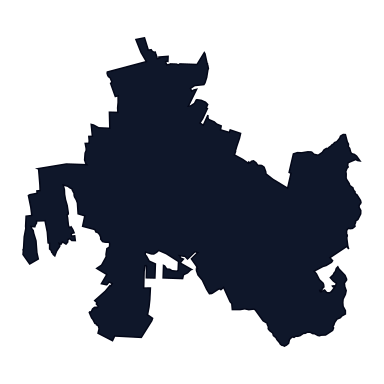 Zorleni, Vaslui, Romania
{"feature_id": "2599482B17229332090255", "entity_name": "Zorleni", "entity_type": "district", "adm_level": 2, "iso_a3": "ROU", "parent_name": "Romania", "parent_adm1": "Vaslui", "projection": "orthographic", "projection_center": [27.762, 46.269], "detail": "fine", "context": "isolated", "style": "filled", "palette": "ink", "viewbox_px": 384, "rotation_deg": 0, "n_neighbors": 0, "source": "geoboundaries", "source_scale": "gbopen_adm2", "svg_char_len": 5949}
<svg xmlns="http://www.w3.org/2000/svg" viewBox="0 0 384 384"><path d="M325.6,335.0L332.6,330.4L333.6,327.9L332.8,326.4L333.8,325.1L334.6,322.6L337.0,319.1L340.4,317.7L341.8,316.0L345.4,314.0L345.4,310.6L343.1,306.4L342.8,302.5L343.1,299.1L345.4,294.4L346.2,290.6L344.8,286.7L344.4,283.1L346.6,280.0L346.6,279.1L345.0,275.3L338.9,268.9L337.8,266.8L336.3,268.4L335.4,271.4L334.0,273.1L333.4,274.6L330.3,277.6L333.3,281.0L336.5,283.4L335.2,286.3L334.3,285.8L332.4,286.0L332.6,286.5L334.5,287.5L331.2,291.8L329.4,292.9L326.7,292.6L324.6,290.0L321.4,291.7L320.4,291.8L320.1,291.6L319.7,290.4L321.4,290.1L322.5,288.8L322.5,287.5L323.1,287.7L323.9,287.0L323.7,284.8L323.1,283.2L319.4,279.7L316.4,273.8L314.1,271.2L322.9,266.5L326.2,265.5L331.5,262.3L332.6,260.7L329.9,257.7L346.8,246.4L348.7,249.0L347.8,246.0L346.9,239.0L346.8,237.5L347.3,235.9L347.2,234.9L346.6,234.2L346.6,231.0L347.1,229.6L348.5,228.3L350.2,228.7L352.5,228.4L355.0,226.4L354.7,224.6L355.6,222.5L355.4,221.3L357.9,219.5L360.7,213.9L360.8,210.5L359.1,207.4L359.1,205.8L359.7,204.4L360.5,203.8L361.0,202.4L360.5,200.4L356.9,194.7L355.8,194.1L355.0,192.8L355.0,191.6L353.9,190.6L353.1,188.8L353.0,187.9L349.8,185.5L349.2,183.5L346.6,179.4L346.1,178.1L346.2,173.9L345.8,171.5L346.9,168.4L348.2,167.0L347.6,165.4L348.1,162.7L355.7,159.5L357.5,160.5L360.0,160.9L356.6,156.1L354.4,154.4L351.9,153.7L350.8,152.5L349.7,148.4L348.3,146.6L348.5,144.1L347.3,141.9L345.4,134.6L343.2,134.5L340.5,136.1L339.7,138.2L336.8,141.7L334.5,142.6L333.3,144.2L332.2,144.6L330.7,146.2L328.9,147.4L328.1,148.5L326.5,148.4L324.1,149.8L322.3,152.4L318.2,155.2L314.0,154.3L311.7,152.1L310.6,151.9L307.7,151.8L301.6,152.8L297.4,152.6L293.4,153.9L289.1,172.4L291.0,173.3L287.6,188.2L272.9,179.3L266.0,173.9L265.7,171.5L264.1,167.2L262.2,165.8L261.3,165.4L257.8,165.3L256.0,162.7L253.5,160.8L251.4,161.3L250.0,163.0L248.8,162.0L248.3,163.3L242.7,159.4L234.4,154.9L235.6,151.5L235.4,151.0L236.8,146.2L239.5,138.2L240.6,133.4L230.2,129.9L229.3,132.4L220.5,129.8L221.2,125.9L216.6,124.0L214.3,121.9L208.8,119.5L208.0,118.2L207.9,115.1L203.3,125.2L199.9,123.0L202.7,118.6L207.4,108.5L206.2,108.0L207.7,104.5L205.5,102.2L201.2,100.3L197.0,99.7L196.3,99.9L194.5,103.4L190.5,106.0L188.3,106.2L196.6,89.3L193.8,90.0L191.7,91.2L190.4,88.4L194.6,85.6L203.9,84.6L205.0,82.8L206.7,77.4L207.9,69.7L208.4,68.7L207.8,65.3L207.3,64.2L207.5,63.8L207.0,63.0L205.0,53.8L204.3,52.6L197.0,64.5L179.9,63.9L178.4,64.9L176.4,64.1L170.3,63.9L170.3,64.4L166.7,64.8L165.6,61.7L166.5,61.2L167.9,61.4L168.1,56.3L159.4,57.0L158.9,57.1L159.6,58.1L157.3,58.8L156.1,54.6L155.8,54.7L155.3,52.1L153.9,52.2L152.2,51.3L151.2,49.7L148.3,50.1L144.5,37.8L135.9,39.5L141.1,52.6L146.4,61.6L107.3,72.0L107.1,73.3L107.7,75.3L108.5,76.7L110.1,77.7L111.8,81.7L111.5,82.7L110.6,83.3L115.3,96.5L118.1,95.8L118.1,102.5L117.6,108.0L117.9,112.4L109.4,112.2L109.8,128.3L98.7,127.8L93.6,125.0L91.2,124.4L92.4,136.3L88.8,136.4L89.2,140.8L88.9,143.3L85.2,143.4L86.1,148.1L86.2,150.3L85.1,153.1L84.6,160.0L85.7,163.2L86.9,164.7L66.3,164.0L37.8,168.7L38.6,169.0L39.9,184.9L40.1,190.6L36.9,190.9L37.1,193.3L29.9,194.7L28.4,195.5L30.8,207.3L31.8,215.5L26.1,216.2L25.6,226.3L25.8,228.4L24.2,236.8L23.7,246.2L23.5,248.8L23.0,249.8L23.3,251.0L23.0,254.5L29.7,264.0L38.3,259.0L36.9,252.7L36.0,240.8L33.7,233.3L33.2,230.5L31.4,228.2L31.5,227.3L31.0,226.4L34.8,226.8L35.4,224.9L36.6,222.9L36.4,221.0L45.0,220.7L47.3,232.1L48.1,242.9L49.6,243.3L49.6,249.0L51.1,250.3L51.8,252.5L52.9,253.3L53.1,254.4L54.8,255.9L56.6,251.1L59.7,246.4L59.8,245.5L59.1,243.4L61.0,244.2L62.5,241.9L66.0,244.1L67.7,242.1L67.9,239.6L69.7,238.6L71.8,240.5L75.3,240.6L74.7,235.8L71.7,236.2L71.2,233.5L74.1,232.8L72.9,229.8L71.1,226.8L69.9,227.7L69.0,226.9L68.4,225.3L67.6,217.7L67.1,215.5L67.1,214.7L67.8,214.6L68.3,213.9L68.3,213.0L67.2,205.5L65.5,199.6L64.6,194.4L64.4,189.6L63.2,185.0L67.9,186.3L70.0,187.9L72.0,188.8L72.2,189.8L74.5,194.3L74.0,194.8L74.5,196.8L76.2,199.7L77.4,202.9L78.1,213.8L84.8,215.8L82.6,226.3L94.3,229.4L95.2,230.1L95.8,231.9L97.8,232.6L99.6,234.6L100.7,237.2L100.7,239.1L102.6,241.6L105.2,242.2L109.2,242.3L109.7,243.8L109.5,246.4L109.1,247.3L106.9,248.6L106.0,254.3L106.2,256.5L105.8,257.4L101.6,265.1L96.7,268.4L106.8,274.5L101.4,283.7L106.5,284.8L107.1,284.5L109.0,282.0L112.3,283.6L110.8,286.0L110.0,285.5L105.4,291.1L94.7,300.6L97.2,302.8L96.3,304.0L98.8,306.7L98.2,306.5L96.9,307.8L96.1,307.1L94.8,307.7L94.4,307.4L92.5,309.0L91.5,311.3L90.7,312.0L89.7,311.9L89.3,312.5L91.6,317.9L92.8,319.3L94.9,323.4L96.3,323.7L96.4,324.7L98.3,325.8L99.1,328.8L98.0,333.2L112.5,340.7L114.7,336.0L141.3,337.4L151.8,320.7L152.6,318.3L147.3,314.6L147.7,313.9L149.0,307.1L149.8,299.6L150.4,288.0L143.7,288.1L144.1,271.6L144.9,265.8L146.0,265.5L146.5,266.1L146.3,277.8L154.9,278.0L155.4,263.9L149.2,261.1L146.5,256.2L145.3,254.8L145.2,253.4L145.6,252.1L151.3,253.9L153.8,254.0L156.6,252.3L158.7,250.4L166.3,253.7L178.5,261.5L178.1,270.5L176.7,271.2L172.0,270.7L169.8,269.3L166.7,269.0L164.6,265.9L163.5,265.4L163.1,277.9L182.6,278.6L183.4,275.1L183.9,274.6L187.5,272.9L190.7,269.8L191.6,269.5L180.6,263.2L180.4,262.9L181.3,261.5L183.4,259.1L180.4,257.9L180.0,256.3L179.4,255.6L185.1,256.4L187.5,259.0L195.0,251.7L197.8,252.6L191.4,258.9L197.0,266.9L196.7,267.2L197.6,268.6L196.4,268.9L196.5,270.7L198.0,275.0L202.3,280.1L206.6,289.2L209.4,293.7L210.5,293.0L210.9,293.7L212.3,293.2L219.2,288.7L220.9,289.7L223.6,287.4L230.1,301.7L231.8,303.6L232.3,309.6L240.2,309.6L244.7,308.8L248.8,309.7L253.7,309.1L255.1,309.7L263.1,320.8L267.3,323.3L267.2,324.3L268.4,326.9L268.2,328.5L268.4,329.1L269.8,330.8L272.7,333.0L273.4,335.6L275.9,337.6L277.0,339.7L279.6,342.7L280.3,344.1L281.9,345.3L283.4,345.5L284.3,346.2L286.5,345.1L288.6,343.3L289.4,339.8L290.3,338.6L292.4,336.8L294.0,337.4L295.7,336.2L297.7,336.3L300.0,335.7L303.4,333.4L305.2,333.3L307.4,332.2L310.4,332.3L312.6,333.6L314.6,333.7L317.9,335.5L319.5,335.8L321.0,335.2L325.6,335.0Z" fill="#0f172a" stroke="#020617" stroke-width="1.5"/></svg>